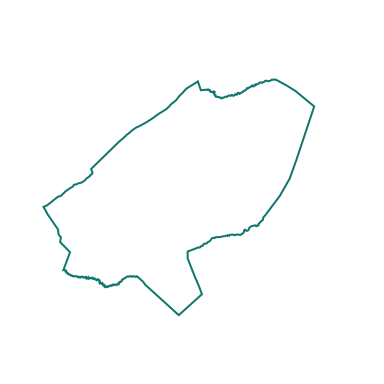 Zu'ungovi, Uvs, Mongolia, rotated 140°
{"feature_id": "93677404B72222343372213", "entity_name": "Zu'ungovi", "entity_type": "district", "adm_level": 2, "iso_a3": "MNG", "parent_name": "Mongolia", "parent_adm1": "Uvs", "projection": "natural_earth1", "projection_center": [94.109, 50.114], "detail": "fine", "context": "isolated", "style": "outline", "palette": "teal", "viewbox_px": 384, "rotation_deg": 140, "n_neighbors": 0, "source": "geoboundaries", "source_scale": "gbopen_adm2", "svg_char_len": 5950}
<svg xmlns="http://www.w3.org/2000/svg" viewBox="0 0 384 384"><g transform="rotate(140 192 192)"><path d="M340.6,214.9L339.8,214.6L339.1,213.3L339.2,212.4L339.8,212.8L340.1,212.5L339.8,211.3L340.0,210.7L339.6,210.2L339.6,209.5L339.1,209.2L339.2,208.9L339.2,208.4L339.5,208.3L339.3,207.9L338.8,207.1L338.2,206.8L338.2,206.3L338.6,206.3L338.6,206.1L338.4,205.7L337.6,205.2L337.6,204.6L337.3,204.5L337.1,204.1L337.1,203.7L336.8,203.5L336.8,203.3L335.4,202.6L335.3,202.1L334.8,201.8L334.7,201.5L334.4,201.4L334.1,200.8L334.2,200.4L333.9,200.2L334.1,200.0L334.0,199.8L333.6,199.7L333.2,199.3L333.1,199.0L332.6,199.0L332.6,198.5L332.1,198.5L332.1,198.2L331.9,198.2L331.8,198.3L331.2,198.1L330.7,198.0L330.4,197.6L330.5,197.4L330.2,197.2L330.3,196.9L329.9,196.6L330.0,196.3L329.4,196.0L329.0,195.4L328.3,195.3L328.5,195.0L328.1,195.0L327.6,194.6L327.7,194.1L327.9,194.0L327.5,193.6L327.7,193.4L327.3,193.4L327.6,193.2L327.3,193.0L327.2,192.3L326.9,192.3L326.8,192.0L326.5,192.0L326.2,192.1L325.8,192.1L325.6,191.3L325.3,191.2L325.1,191.4L324.7,190.9L324.3,191.0L324.0,190.8L324.0,190.6L323.7,190.3L323.8,189.9L323.7,189.9L323.5,190.1L323.2,190.1L323.2,189.8L323.5,189.8L323.5,189.6L323.3,188.7L322.5,188.5L322.7,188.3L322.5,188.1L322.5,187.8L322.3,187.6L322.3,187.0L321.7,186.7L321.7,186.2L321.3,186.0L321.3,185.8L320.8,185.7L321.2,185.4L320.2,184.9L320.0,184.4L320.1,184.1L319.7,184.1L319.5,183.9L319.7,183.5L319.9,183.7L320.1,183.4L320.1,182.9L320.4,182.7L320.7,182.9L320.8,182.8L320.8,182.1L320.5,181.9L320.5,181.7L321.0,181.5L320.8,181.3L321.2,181.1L321.3,180.9L320.9,180.7L320.7,180.9L320.1,180.4L319.9,180.3L320.1,180.0L319.8,179.8L319.7,179.5L319.3,179.6L319.4,179.3L319.6,179.4L319.9,179.3L319.8,178.9L319.6,178.8L319.7,178.2L319.1,177.7L319.9,177.4L319.6,177.0L319.7,176.6L319.4,176.6L319.6,175.9L319.2,176.0L318.8,175.6L319.0,175.5L318.9,175.3L319.2,174.6L319.0,174.3L318.1,173.8L318.0,173.6L317.3,173.8L316.8,173.6L316.5,173.0L315.9,173.0L315.8,173.3L315.4,173.1L314.7,173.0L314.4,172.7L313.9,172.5L313.9,172.0L313.4,172.2L312.7,172.1L312.9,171.6L312.7,171.3L312.2,171.3L312.0,171.1L311.3,171.2L311.1,171.0L310.8,170.9L310.7,170.5L310.3,170.4L309.8,170.1L309.8,169.9L309.6,169.8L309.7,169.4L308.8,169.3L308.5,169.1L308.4,168.9L307.9,169.1L308.1,169.3L307.0,169.5L306.9,169.2L306.8,169.4L306.5,169.6L306.0,169.3L305.5,169.5L304.8,169.5L304.7,169.2L304.5,169.3L303.9,168.8L303.3,168.8L302.9,169.1L302.8,169.3L302.0,169.8L301.3,169.4L300.4,169.6L299.7,169.5L299.2,169.1L296.3,169.0L295.7,168.7L295.3,168.2L294.5,167.8L294.5,167.6L293.6,167.4L293.4,167.2L292.7,166.6L292.6,166.3L292.7,166.1L292.2,165.5L291.5,165.4L291.1,164.8L290.7,164.6L290.3,164.5L290.1,163.6L289.7,163.3L289.1,163.2L289.0,162.9L288.7,162.9L288.5,162.5L288.2,162.5L287.2,154.8L287.4,150.8L281.3,106.2L250.1,107.3L247.0,116.0L244.4,124.9L238.0,144.0L233.6,149.2L222.9,145.5L222.4,145.2L222.0,144.6L221.4,144.4L220.1,144.7L219.5,144.4L218.9,144.4L218.2,143.9L216.9,144.6L216.3,144.6L215.9,144.5L215.3,143.9L213.4,143.1L212.0,143.5L210.3,142.9L206.2,143.7L205.8,143.7L205.1,143.3L204.5,142.3L204.3,142.2L203.0,142.2L202.6,142.0L201.4,140.9L200.0,140.0L199.1,139.1L197.1,138.4L195.9,137.4L194.2,136.8L193.2,136.0L192.5,136.0L192.5,135.5L192.6,135.2L192.1,135.0L191.6,134.6L190.8,134.9L190.2,134.7L189.2,133.8L187.5,132.6L187.3,132.2L187.4,131.8L187.3,131.6L184.7,130.4L183.6,129.4L183.4,128.8L182.3,127.9L181.7,127.8L180.7,128.0L179.9,127.6L178.6,127.6L176.8,129.0L176.1,129.3L175.5,129.0L175.4,128.6L175.5,127.7L174.8,126.9L174.1,126.6L173.0,126.6L171.2,127.7L170.6,127.8L168.5,127.6L166.8,126.9L165.7,126.0L164.7,125.6L164.6,125.4L164.8,125.2L164.8,124.8L164.6,124.4L164.0,124.1L163.1,124.1L162.4,123.8L162.1,124.0L161.8,124.6L161.5,124.8L159.9,125.0L159.4,124.8L159.0,125.0L157.3,125.2L156.2,124.9L155.8,125.0L153.8,126.6L153.5,126.7L151.3,127.0L127.1,132.6L108.5,139.5L90.9,149.8L43.4,179.0L47.8,202.8L51.0,212.6L55.4,223.9L55.9,224.4L56.4,224.6L56.5,225.0L57.0,225.6L58.3,226.2L58.5,226.7L60.1,226.8L62.8,228.1L63.0,228.3L63.5,229.6L63.8,229.8L64.6,230.1L65.6,229.9L67.2,230.5L68.1,230.5L68.5,231.0L68.8,231.8L70.0,232.3L70.3,232.5L71.6,232.2L72.2,232.3L73.1,232.9L74.2,232.9L74.3,233.1L74.1,233.6L74.3,233.7L74.8,233.5L75.3,233.6L75.9,233.1L76.5,233.2L77.3,233.7L77.3,234.1L77.1,234.7L77.3,235.0L77.8,235.0L78.5,234.6L78.9,234.9L79.6,234.9L80.8,235.4L81.6,235.1L82.5,235.4L82.6,235.8L83.0,236.2L84.5,235.5L85.4,235.9L86.2,235.6L87.7,236.3L88.6,235.9L89.8,236.3L90.5,236.2L91.3,236.6L92.5,236.5L92.7,237.1L92.5,237.9L93.1,238.4L93.4,238.5L94.6,237.9L95.3,237.8L95.7,238.3L95.6,238.8L95.8,239.1L96.9,238.8L98.5,239.0L98.7,240.1L99.1,240.8L99.3,240.9L99.9,240.7L101.1,241.2L101.3,242.0L101.5,242.2L103.6,242.5L104.2,242.4L104.9,243.4L105.3,243.6L106.8,243.8L107.3,244.0L107.6,244.5L108.1,244.7L109.2,244.6L109.5,245.0L109.3,245.6L109.7,246.1L110.3,247.4L111.1,247.8L111.6,248.9L112.4,249.4L112.5,249.7L112.5,250.2L112.1,250.5L111.7,251.1L112.3,251.7L112.2,252.1L111.8,252.7L112.0,253.4L111.2,254.0L110.4,253.9L110.2,254.2L110.3,254.4L110.8,255.1L111.6,255.0L112.0,255.1L112.1,255.9L112.7,256.0L112.9,256.5L113.6,257.1L113.6,257.4L112.9,258.2L113.1,259.1L113.9,259.6L113.8,260.3L114.9,260.6L115.0,261.0L119.8,264.3L116.4,272.9L130.1,274.8L136.7,273.8L138.0,273.9L139.2,273.8L142.3,273.2L144.7,272.6L146.9,272.6L148.4,272.4L150.1,272.8L151.0,272.7L151.6,272.6L153.2,272.5L154.2,272.1L156.5,272.2L158.5,272.0L167.6,273.3L174.7,273.8L182.2,274.7L190.3,276.4L193.6,277.3L198.5,277.7L203.5,277.6L204.8,277.8L206.6,277.6L211.1,277.4L213.9,277.5L215.0,277.3L216.0,277.4L254.5,274.5L255.9,270.5L257.7,270.0L259.2,270.4L260.2,269.8L262.7,270.0L264.0,270.3L266.1,269.8L270.1,270.1L273.9,271.8L276.4,272.5L277.4,273.3L278.2,273.4L279.5,272.8L281.0,272.9L282.5,273.3L288.1,273.8L295.2,273.3L297.2,274.4L298.7,274.6L308.6,274.8L311.9,275.0L315.3,276.0L317.0,267.2L318.7,249.6L321.5,245.2L321.6,241.5L325.2,238.4L324.1,224.3L340.6,214.9Z" fill="none" stroke="#0f766e" stroke-width="2"/></g></svg>